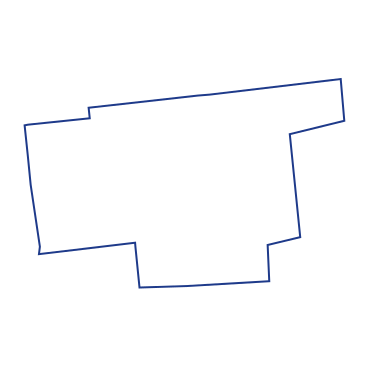 Marion, Ohio, United States of America (Natural Earth projection), rotated 354°
{"feature_id": "52423323B93885037654379", "entity_name": "Marion", "entity_type": "district", "adm_level": 2, "iso_a3": "USA", "parent_name": "United States of America", "parent_adm1": "Ohio", "projection": "natural_earth1", "projection_center": [-83.169, 40.569], "detail": "fine", "context": "isolated", "style": "outline", "palette": "blue", "viewbox_px": 384, "rotation_deg": 354, "n_neighbors": 0, "source": "geoboundaries", "source_scale": "gbopen_adm2", "svg_char_len": 417}
<svg xmlns="http://www.w3.org/2000/svg" viewBox="0 0 384 384"><g transform="rotate(354 192 192)"><path d="M351.7,95.2L219.7,97.0L207.9,96.7L98.0,97.4L98.0,108.0L35.9,107.9L32.5,108.2L32.5,139.1L32.3,167.9L35.0,230.5L33.3,237.8L130.1,236.5L130.0,240.8L129.8,281.5L177.3,285.0L259.5,288.8L261.7,252.6L294.9,248.2L295.1,200.2L295.3,144.7L350.9,137.1L351.7,95.2Z" fill="none" stroke="#1e3a8a" stroke-width="2"/></g></svg>